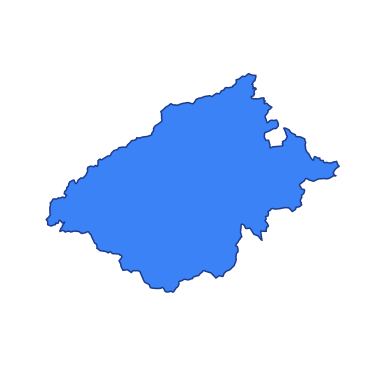 the district of Hoai An, Bình Định, Vietnam, rotated 68°
{"feature_id": "81297802B64656263356693", "entity_name": "Hoai An", "entity_type": "district", "adm_level": 2, "iso_a3": "VNM", "parent_name": "Vietnam", "parent_adm1": "Bình Định", "projection": "mercator", "projection_center": [108.89, 14.347], "detail": "fine", "context": "isolated", "style": "filled", "palette": "blue", "viewbox_px": 384, "rotation_deg": 68, "n_neighbors": 0, "source": "geoboundaries", "source_scale": "gbopen_adm2", "svg_char_len": 5999}
<svg xmlns="http://www.w3.org/2000/svg" viewBox="0 0 384 384"><g transform="rotate(68 192 192)"><path d="M102.2,178.5L103.2,181.9L103.4,184.3L105.1,188.5L105.7,190.7L108.8,191.0L109.2,191.6L110.4,191.6L111.5,192.4L113.7,192.7L115.1,193.6L116.3,197.8L116.8,201.1L117.7,202.7L118.9,204.0L120.7,204.6L122.5,207.3L123.9,208.0L123.8,212.5L122.6,216.7L122.3,220.1L122.0,221.1L121.0,222.8L122.1,223.9L122.4,224.9L122.4,226.3L121.8,228.3L122.0,229.4L123.1,231.1L124.2,234.2L125.8,235.9L124.0,240.7L123.9,241.9L123.5,242.9L124.8,245.3L124.3,248.8L125.5,251.7L127.6,254.1L127.1,256.9L128.3,263.8L128.1,264.3L127.1,264.8L127.2,266.2L128.0,267.6L130.8,268.5L132.2,269.6L132.7,270.3L131.3,271.4L131.3,272.3L131.9,273.6L130.7,275.1L130.0,276.7L130.1,279.2L131.2,280.3L133.5,280.9L136.4,283.8L138.2,287.7L137.4,289.9L138.1,292.5L138.7,293.5L140.0,294.7L140.6,295.9L140.6,296.7L139.7,297.0L136.8,296.9L136.5,297.8L136.8,301.4L138.0,303.0L140.5,304.6L140.7,306.0L141.1,306.5L142.8,307.3L143.7,309.5L144.3,310.3L145.9,311.1L148.0,309.5L149.7,312.1L149.5,312.7L148.2,313.7L148.1,314.4L148.3,317.0L147.4,317.9L147.9,320.3L146.8,322.2L146.6,323.2L146.7,323.8L148.6,326.1L148.7,327.3L151.1,328.1L153.5,329.8L154.8,330.1L155.7,330.7L157.4,331.1L158.1,331.6L159.9,331.7L161.5,334.1L162.9,337.4L163.4,337.5L164.6,336.7L168.2,338.0L170.6,335.6L170.9,334.9L170.7,333.3L171.1,331.1L170.8,330.5L169.8,330.0L170.7,328.4L170.7,327.7L168.9,326.2L168.6,325.5L169.4,324.8L172.1,323.8L172.5,323.0L172.1,321.9L172.2,321.5L172.8,321.8L174.4,324.5L176.2,326.0L176.7,327.2L178.5,329.0L179.0,329.2L179.2,326.4L179.8,325.4L181.7,324.5L181.7,322.6L182.2,320.7L183.7,319.3L184.2,315.4L185.6,313.1L185.8,312.3L186.4,311.5L188.6,310.3L189.2,309.7L189.8,306.1L189.7,303.8L190.2,302.8L192.5,302.4L194.3,301.5L195.5,301.8L203.0,301.4L204.0,300.5L204.8,300.2L206.5,300.3L208.7,301.3L209.7,300.3L211.8,299.4L215.0,294.0L217.0,292.6L216.7,290.0L219.3,288.9L222.0,283.2L222.4,282.8L223.4,282.5L224.5,281.3L225.7,281.3L226.6,282.0L228.5,285.4L232.0,285.1L234.6,285.7L238.8,285.3L239.5,282.0L240.0,280.9L243.9,278.4L243.1,276.7L243.0,275.6L244.1,273.5L244.2,272.5L245.6,270.5L246.7,270.1L255.8,269.9L257.7,269.7L258.7,269.1L261.5,266.5L265.2,266.3L266.4,264.5L268.4,260.6L269.6,257.0L269.2,255.5L270.8,254.3L273.5,254.2L274.5,253.8L275.2,253.0L275.8,251.3L276.1,248.7L277.7,247.2L277.4,246.0L275.2,243.0L274.6,240.9L273.9,240.0L272.7,238.7L270.6,238.0L270.2,237.3L270.4,234.2L269.9,232.0L272.2,228.2L272.2,225.0L272.5,224.0L271.6,223.1L271.4,222.5L271.4,220.0L272.0,217.1L270.9,215.4L270.2,213.0L269.3,211.3L269.3,210.3L270.6,209.1L274.1,204.7L280.7,202.0L279.9,198.7L280.0,197.8L281.3,196.1L281.8,195.0L281.3,194.2L279.8,193.2L278.3,190.1L278.3,186.0L275.9,180.4L273.1,177.7L270.9,176.1L268.9,175.8L268.0,175.1L265.9,174.1L265.4,173.5L264.7,171.8L263.3,171.1L260.2,170.4L259.4,170.5L258.6,171.4L257.7,171.5L256.7,170.2L255.9,168.4L254.5,166.8L253.4,164.8L252.5,164.1L252.4,162.9L252.1,162.6L247.2,162.1L245.6,161.0L244.6,160.9L244.0,160.1L241.2,159.0L240.6,158.3L240.5,157.9L240.9,157.1L242.0,156.2L245.9,155.8L246.6,154.4L247.0,152.5L247.6,151.6L254.3,150.5L257.0,147.6L257.9,147.0L262.4,145.7L262.8,145.2L254.2,143.1L254.2,142.2L255.6,139.6L256.2,137.9L254.6,137.4L253.8,136.4L252.4,136.1L252.6,134.5L252.2,134.0L251.9,133.8L249.2,134.0L246.3,135.0L245.7,134.9L245.0,133.4L242.4,133.0L242.6,130.5L240.9,129.3L238.8,128.8L238.5,128.6L238.2,126.1L237.3,124.9L237.3,123.7L239.0,121.4L240.3,117.0L241.0,112.9L241.9,110.1L242.9,108.4L243.8,107.7L247.6,106.4L247.5,105.1L246.9,102.7L246.1,101.8L245.1,101.2L245.9,98.5L245.4,95.9L244.9,95.1L243.7,95.3L242.7,94.6L241.3,95.1L239.9,94.5L238.2,92.3L236.1,91.5L235.8,91.1L235.5,89.5L234.8,88.5L232.7,87.0L231.7,87.1L230.4,89.2L230.0,89.3L228.4,89.3L226.4,89.8L225.7,89.6L225.1,88.9L223.7,83.6L222.3,81.9L222.2,81.3L223.2,79.9L224.5,79.1L225.6,77.8L227.6,75.2L227.2,70.1L229.1,64.1L230.0,62.8L230.6,60.9L230.6,58.5L230.0,54.8L230.9,52.8L230.8,52.6L229.8,53.5L228.8,53.8L227.5,54.0L225.5,52.1L224.9,51.2L224.1,49.4L223.3,46.0L221.0,46.6L217.8,46.5L217.1,50.4L217.4,52.1L216.5,53.5L216.2,54.8L215.1,55.7L214.5,58.2L213.7,58.6L211.9,58.6L211.1,60.4L210.2,61.2L208.4,60.9L207.5,62.9L205.9,64.0L205.2,64.9L205.4,65.6L208.0,67.3L207.6,68.1L204.1,69.2L200.9,69.3L197.6,70.5L194.8,70.6L192.1,69.7L191.3,69.9L188.6,68.0L186.6,68.1L185.5,67.6L184.9,67.7L182.0,70.3L180.6,72.4L180.0,74.2L179.5,74.7L177.5,74.8L174.9,77.3L173.4,78.2L170.7,78.7L167.4,81.9L167.3,83.0L171.0,82.8L174.1,83.1L176.3,82.9L178.0,84.7L178.9,86.0L179.1,89.1L180.4,89.4L181.1,90.2L183.0,90.3L183.1,91.4L180.4,100.1L180.5,102.4L180.2,103.0L177.8,102.2L172.9,101.6L172.6,101.7L171.8,104.0L170.8,104.3L169.0,104.4L167.5,104.2L164.3,102.3L164.4,97.2L163.8,93.0L163.8,92.3L164.5,91.0L164.5,90.0L163.1,87.3L161.1,86.4L159.0,86.3L156.9,86.7L156.5,88.9L155.1,91.7L155.1,93.2L156.0,95.7L156.0,96.3L155.7,96.5L152.2,96.1L149.9,96.2L149.0,95.8L146.9,92.3L146.0,91.4L144.8,91.0L144.3,88.5L143.3,86.3L140.5,88.3L137.9,89.4L137.5,90.0L137.3,91.6L137.0,91.8L136.2,91.7L135.1,90.1L134.0,91.2L133.4,91.0L132.6,90.1L131.9,90.1L131.5,90.5L130.9,92.4L130.3,96.5L129.4,97.7L129.1,99.5L128.0,100.6L127.5,101.5L126.8,101.7L125.8,101.3L125.9,99.5L125.7,98.7L124.2,97.2L123.2,97.5L122.5,96.8L121.7,96.5L120.8,95.2L120.6,94.0L119.7,94.0L118.9,94.7L119.2,96.7L118.7,96.7L118.0,95.8L117.0,96.0L115.6,95.5L114.9,95.9L114.7,95.3L113.9,95.2L113.0,93.9L112.5,93.7L112.5,92.3L112.3,92.0L109.3,89.7L107.8,89.2L106.1,92.6L103.6,95.0L103.7,96.3L104.9,99.6L104.9,99.9L103.7,101.3L103.5,102.0L104.8,105.8L104.6,109.1L107.2,109.9L108.2,111.3L109.0,114.5L109.8,115.3L109.0,119.2L108.0,121.1L107.9,121.9L108.1,122.8L109.4,124.3L109.2,126.9L111.0,129.4L110.8,130.6L109.7,132.4L110.5,136.2L111.1,137.5L111.0,137.9L109.4,139.4L108.1,144.8L108.2,148.4L107.6,150.4L107.6,152.4L107.7,153.5L109.3,155.5L110.5,157.8L110.4,158.5L109.2,160.2L107.9,161.5L107.4,162.7L106.3,168.0L106.1,170.8L106.2,173.1L105.3,174.2L104.3,176.8L102.2,178.5Z" fill="#3b82f6" stroke="#1e3a8a" stroke-width="1.5"/></g></svg>